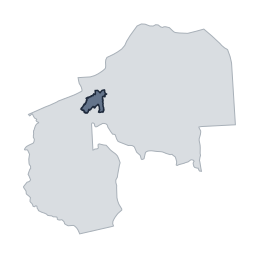 location of Luano, Central, Zambia, rotated 177°
{"feature_id": "96606910B16035329871790", "entity_name": "Luano", "entity_type": "district", "adm_level": 2, "iso_a3": "ZMB", "parent_name": "Zambia", "parent_adm1": "Central", "projection": "robinson", "projection_center": [29.687, -14.461], "detail": "fine", "context": "in_parent", "style": "filled", "palette": "slate", "viewbox_px": 256, "rotation_deg": 177, "n_neighbors": 0, "source": "geoboundaries", "source_scale": "gbopen_adm2", "svg_char_len": 7532}
<svg xmlns="http://www.w3.org/2000/svg" viewBox="0 0 256 256"><g transform="rotate(177 128 128)"><path d="M175.2,180.9L163.0,181.0L158.5,182.1L154.9,183.7L150.5,186.3L148.0,188.2L147.3,189.2L147.0,191.4L147.0,194.8L146.6,197.3L145.3,199.6L138.7,202.3L134.4,204.5L130.1,207.2L126.9,210.6L124.7,214.9L121.1,220.1L113.6,229.4L109.2,231.2L105.5,230.8L101.0,228.8L97.5,228.5L94.9,229.7L92.4,229.3L90.2,227.3L88.3,226.6L86.8,227.2L84.9,227.1L81.4,226.0L78.3,222.7L76.7,221.3L75.4,220.8L71.8,220.2L63.4,219.4L54.7,221.1L47.1,222.8L39.3,215.4L31.7,207.5L30.1,205.5L27.3,202.9L25.2,201.6L24.4,200.9L22.3,193.9L21.2,187.5L20.6,125.6L54.9,125.6L57.1,125.3L57.1,124.6L55.6,121.3L55.6,120.2L56.0,117.9L57.5,113.4L57.6,111.9L56.9,107.0L56.9,104.3L57.3,98.8L57.0,96.9L57.8,94.5L58.1,92.8L58.4,92.1L58.0,90.2L57.3,83.7L56.9,80.9L58.9,81.3L59.6,82.7L60.0,84.2L61.0,84.3L63.4,85.1L64.3,86.3L64.8,89.0L64.5,90.3L63.7,91.4L64.5,92.4L66.1,93.0L67.1,92.8L69.8,91.0L72.4,90.4L73.7,89.9L79.3,88.7L80.5,88.1L81.2,88.1L81.8,88.6L81.3,90.4L81.2,92.1L81.9,95.2L82.4,96.7L83.6,97.7L84.4,98.3L85.4,99.4L87.4,99.2L91.7,100.8L93.0,101.5L94.9,102.3L96.2,102.6L100.6,103.1L105.4,104.0L107.8,104.1L109.5,103.9L110.8,103.4L111.5,102.9L111.9,102.5L113.6,96.5L114.5,96.1L115.7,95.8L116.4,96.3L117.2,100.0L120.6,103.4L121.7,106.2L122.6,108.7L123.3,109.3L124.6,110.2L126.7,110.5L128.6,110.5L137.8,114.7L138.8,115.4L139.9,117.6L140.6,120.1L141.3,122.1L142.5,122.5L143.6,122.6L144.6,124.0L145.4,125.2L148.1,130.0L148.5,132.0L149.8,133.3L151.6,133.8L153.3,133.9L154.2,133.3L156.6,132.3L158.4,131.2L159.8,130.8L160.5,131.0L161.1,131.8L161.5,134.2L162.8,135.0L163.8,134.7L164.2,133.8L164.2,133.3L164.2,107.8L163.3,108.0L162.3,108.7L159.9,108.8L158.9,109.4L158.6,110.2L158.8,111.2L158.8,112.7L158.5,113.3L157.4,113.6L155.9,113.1L153.1,112.3L150.7,111.9L149.1,110.0L146.8,107.1L145.3,105.7L141.7,102.7L141.1,102.0L140.0,100.6L139.1,98.3L138.2,95.5L137.7,93.7L138.6,91.0L140.7,82.2L141.2,79.5L142.9,76.7L143.0,74.2L142.3,71.0L142.5,69.2L142.7,59.1L142.2,55.9L141.1,52.4L138.5,47.5L138.5,46.4L142.5,43.2L143.6,42.0L145.7,39.4L147.1,37.2L148.0,35.4L148.3,33.1L147.6,30.9L149.0,30.5L181.8,24.8L182.3,26.3L183.3,28.8L184.4,30.7L185.8,32.3L187.0,33.3L187.8,33.6L192.9,33.5L194.7,34.5L196.3,35.7L196.7,37.6L197.7,38.8L198.8,39.8L199.3,39.9L200.1,39.7L201.5,39.7L202.7,40.1L203.3,40.5L203.4,42.1L203.8,42.8L205.5,43.1L207.2,43.2L208.9,44.3L210.7,44.5L212.8,45.0L213.8,46.2L216.0,47.4L218.8,48.5L221.8,50.2L221.8,50.8L222.4,51.9L222.9,52.6L222.9,53.7L223.2,54.8L224.0,55.0L224.6,55.1L225.2,54.3L226.0,54.4L226.9,54.8L227.2,56.0L227.9,57.6L229.0,58.7L229.7,59.8L229.5,61.7L229.0,63.5L230.5,65.2L232.4,66.9L233.0,67.6L233.1,70.0L233.4,70.9L234.7,72.9L235.4,74.3L235.3,75.0L231.7,79.1L229.5,79.7L228.6,80.5L228.0,81.4L229.4,85.4L230.2,86.9L229.5,88.8L228.1,92.1L227.4,92.4L227.3,94.8L227.7,95.7L228.4,96.4L228.7,98.1L228.7,102.2L227.7,106.9L229.3,111.0L229.9,111.5L232.1,111.5L232.5,111.9L232.0,113.0L230.4,114.8L227.5,116.2L223.5,117.8L222.6,119.3L222.1,121.4L222.5,122.7L223.0,123.4L222.9,125.3L222.5,127.3L222.6,128.9L222.4,130.3L221.9,130.9L221.2,133.0L220.3,135.1L219.6,136.1L218.6,137.1L217.0,137.9L217.0,138.3L218.8,139.3L219.3,140.0L219.4,140.4L218.7,141.5L219.5,142.1L220.6,142.7L221.5,144.1L222.6,146.7L222.8,147.0L223.1,147.0L223.8,146.7L224.9,145.6L225.7,145.3L226.7,146.8L209.6,153.3L205.6,154.6L199.6,156.9L197.7,157.7L196.1,158.6L180.3,163.7L177.8,164.7L172.2,167.2L172.0,167.7L172.0,168.9L172.5,171.3L173.5,173.5L174.3,174.8L174.9,178.1L175.2,180.9Z" fill="#d9dde1" stroke="#a8b0b8" stroke-width="1"/><path d="M149.5,167.2L149.7,167.3L151.9,166.9L153.5,165.3L153.6,165.2L153.8,164.9L154.0,164.8L154.1,164.7L156.3,167.1L158.8,167.1L158.8,163.8L158.8,163.7L159.0,163.6L159.1,163.4L159.4,163.7L159.7,163.5L160.0,163.6L160.3,163.7L160.3,163.3L160.6,163.0L160.7,162.9L160.8,162.8L161.0,163.0L161.1,162.9L161.1,162.7L161.4,162.5L161.6,162.5L161.7,162.4L161.6,162.2L161.8,162.2L162.1,162.1L162.3,162.1L162.5,162.1L162.5,161.9L162.8,161.7L162.9,161.8L163.0,161.7L163.4,161.3L163.7,161.6L164.0,161.4L164.5,161.0L164.8,161.0L165.1,161.1L165.4,161.0L165.5,160.8L165.8,160.7L166.0,160.5L166.0,160.1L166.3,160.1L166.4,160.4L166.4,160.5L166.5,160.6L166.7,160.4L166.8,160.4L166.9,160.5L167.2,160.3L167.2,160.2L167.4,160.0L167.5,160.1L167.8,160.2L168.0,160.1L168.2,159.7L168.0,159.4L167.9,159.4L167.6,158.9L167.5,158.6L167.7,158.2L167.7,157.9L168.0,157.7L167.9,157.5L167.8,157.4L168.0,157.2L168.3,156.8L168.3,156.7L168.2,156.6L168.3,156.2L168.5,156.1L168.5,155.7L168.7,155.4L169.1,155.3L169.1,155.2L169.1,154.9L169.1,154.7L169.3,154.2L169.5,154.2L169.8,154.0L170.0,154.2L170.2,154.3L170.3,154.3L170.6,153.8L170.8,153.6L170.7,153.5L170.6,153.4L170.9,153.2L171.2,152.8L171.1,152.7L171.6,152.3L171.7,152.1L171.8,152.1L171.9,151.8L171.9,151.7L172.0,151.6L172.2,151.3L172.3,151.2L172.5,151.2L172.8,150.9L172.9,150.7L173.1,150.6L173.1,150.4L173.4,150.4L173.5,150.3L173.7,150.0L173.5,149.9L173.6,149.7L173.5,149.4L173.5,149.1L173.3,149.1L173.3,148.8L173.2,148.8L173.2,148.7L173.3,148.7L173.2,148.6L172.9,148.4L172.9,148.5L172.8,148.4L172.7,148.2L172.2,148.2L171.7,147.9L171.5,148.0L171.5,147.9L171.3,147.8L171.2,147.5L171.0,147.4L170.9,147.3L171.0,146.8L171.0,146.7L170.9,146.6L170.9,146.4L170.7,146.3L170.9,146.2L170.8,145.9L170.4,145.8L170.4,145.7L170.2,145.5L170.0,145.4L169.9,145.3L169.8,145.2L169.7,145.2L169.5,145.3L169.5,145.2L169.4,145.2L169.2,145.2L168.9,145.1L168.6,145.2L168.4,145.2L168.2,145.1L168.1,145.3L167.8,145.3L167.5,145.6L167.0,146.1L166.9,146.3L166.8,146.5L166.8,146.9L166.7,147.1L166.6,147.4L166.5,147.8L166.4,148.1L166.3,148.3L166.2,148.2L165.9,148.2L165.4,148.0L165.3,147.9L165.2,148.2L164.9,148.2L164.8,148.3L164.8,148.6L164.7,148.6L164.2,148.6L164.0,148.8L163.9,149.0L163.7,149.2L163.4,149.6L162.9,150.2L162.8,150.3L162.0,151.1L161.8,151.2L161.7,151.3L161.5,151.2L161.4,151.0L161.2,150.9L161.0,150.5L160.9,150.4L160.9,150.1L160.7,150.0L160.3,149.8L160.2,149.8L160.0,150.0L159.7,150.4L159.9,150.5L160.0,150.9L159.8,151.1L159.2,151.3L157.7,152.3L157.0,153.1L156.9,153.1L156.3,153.0L156.2,152.8L156.2,152.2L156.1,151.9L155.9,151.7L155.6,150.6L155.5,149.5L155.5,149.3L155.6,148.7L155.3,148.0L155.4,147.9L155.4,147.6L155.5,147.5L155.6,147.3L155.9,147.1L156.0,146.9L156.1,146.5L156.2,146.2L156.4,146.0L156.4,145.9L156.5,145.4L156.3,145.3L155.9,145.1L155.4,145.3L155.2,145.1L154.9,145.1L154.6,145.1L154.1,145.2L153.9,145.3L153.3,145.5L152.9,145.4L152.6,145.4L152.5,145.5L152.3,145.4L152.2,145.2L152.0,145.3L151.8,145.6L151.8,146.1L151.7,146.2L151.5,146.4L151.5,146.5L151.5,146.8L151.3,147.0L151.5,147.2L151.4,147.3L151.5,147.5L151.4,147.6L151.3,147.8L151.2,147.9L151.1,148.0L151.2,148.4L151.3,148.5L151.4,149.0L151.3,149.4L151.3,149.6L151.5,150.2L151.7,150.7L151.8,151.1L151.8,151.3L151.8,151.7L151.8,151.8L151.7,152.1L151.8,152.6L151.9,153.0L151.7,153.3L151.6,153.6L151.6,153.9L151.6,154.2L151.9,155.0L151.9,155.4L152.0,155.7L151.9,155.8L151.7,155.7L151.6,156.4L151.6,156.5L151.7,156.8L151.8,157.1L151.9,157.4L151.8,157.5L151.7,157.5L151.8,157.8L151.7,157.8L151.8,158.1L151.7,158.2L151.8,158.4L151.8,158.9L151.9,159.0L151.9,159.4L151.8,159.8L151.7,160.3L151.7,160.7L150.3,160.8L150.1,160.8L149.5,160.4L149.4,160.5L149.7,160.8L149.8,160.9L150.0,161.0L150.0,161.5L149.9,161.7L149.7,162.0L149.3,162.2L149.1,162.0L149.0,162.3L148.8,162.4L148.9,162.5L148.7,162.6L148.4,162.8L148.2,162.8L147.9,162.8L147.7,163.0L149.0,164.0L149.3,165.0L149.4,165.3L149.4,165.6L149.4,165.9L149.4,166.0L149.3,166.3L149.5,166.8L149.5,167.2Z" fill="#64748b" stroke="#1e293b" stroke-width="1.5"/></g></svg>